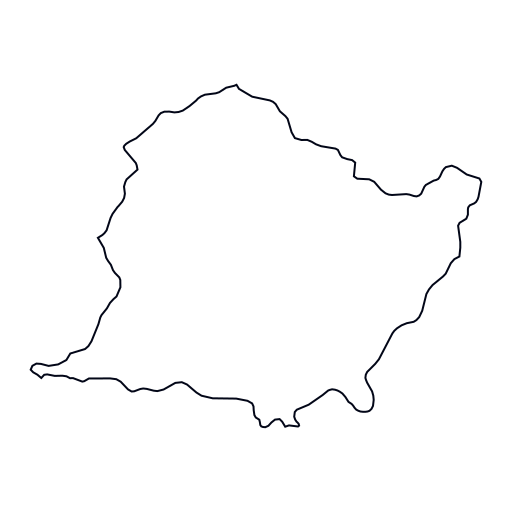 an SVG outline of Gandaki
{"feature_id": "NPL-1095", "entity_name": "Gandaki", "entity_type": "District", "adm_level": 1, "iso_a3": "NPL", "parent_name": "Nepal", "parent_adm1": "", "projection": "albers", "projection_center": [84.335, 28.335], "detail": "fine", "context": "isolated", "style": "outline", "palette": "ink", "viewbox_px": 512, "rotation_deg": 0, "n_neighbors": 0, "source": "natural_earth", "source_scale": "10m", "svg_char_len": 3018}
<svg xmlns="http://www.w3.org/2000/svg" viewBox="0 0 512 512"><path d="M236.5,84.8L239.0,88.9L252.2,96.7L269.8,100.4L273.0,101.8L275.7,104.1L279.9,111.3L285.4,116.1L287.6,118.8L291.6,132.3L294.9,138.1L301.4,140.0L307.3,139.9L311.8,141.8L316.0,144.3L321.1,146.2L335.5,148.6L337.9,149.9L340.4,155.1L342.1,157.3L347.2,159.1L352.1,160.1L355.2,162.6L353.9,176.3L357.3,178.7L369.2,179.3L374.2,181.8L381.0,189.7L385.5,193.3L388.8,194.6L392.0,195.0L406.3,194.1L409.5,194.6L413.8,196.0L416.6,196.4L419.1,195.5L421.2,193.7L424.4,186.7L425.9,184.9L433.7,180.6L436.1,180.0L438.3,178.9L440.0,176.5L442.4,171.3L444.1,168.8L445.9,167.1L451.8,165.7L457.0,167.8L466.7,174.5L479.4,178.5L481.3,181.9L478.5,196.8L477.7,199.2L476.1,201.9L474.2,203.4L469.8,205.3L468.2,207.4L467.9,209.2L467.9,214.7L466.3,218.7L459.6,222.8L458.1,225.7L460.3,241.9L460.3,247.7L459.4,256.5L454.4,259.1L450.8,263.2L445.7,273.7L443.0,276.5L432.6,285.0L429.0,289.4L426.4,294.0L422.2,310.8L419.2,317.1L416.4,320.1L413.7,321.8L406.8,323.2L401.6,325.3L397.0,328.3L394.3,330.8L392.4,333.4L378.9,359.3L375.2,363.9L367.2,371.9L365.8,374.7L365.4,377.9L366.0,379.9L367.1,382.6L372.1,391.4L373.3,395.7L373.7,399.9L373.0,405.9L371.5,408.9L369.5,410.8L367.6,411.5L365.4,411.8L363.0,411.8L360.4,411.5L358.2,410.7L356.2,409.6L354.5,407.7L353.4,406.0L352.1,404.4L351.3,403.7L348.5,401.9L345.4,397.0L342.4,393.5L339.8,391.7L337.5,390.5L335.0,389.7L332.1,389.3L329.8,389.9L328.2,390.5L322.7,395.0L308.7,404.7L296.8,409.7L294.8,412.0L294.2,416.7L295.2,419.6L296.5,421.6L297.6,422.6L298.7,423.9L299.1,425.6L298.0,426.5L289.0,425.4L285.2,426.7L282.2,421.7L279.6,419.1L275.0,419.6L271.4,422.5L268.4,425.8L265.3,427.2L263.0,427.0L261.3,426.4L260.3,425.0L259.9,422.3L259.3,419.7L255.8,417.5L254.4,415.1L253.7,410.2L253.5,406.4L252.1,403.4L247.5,400.8L236.2,398.6L212.7,398.3L201.5,395.7L196.4,392.5L187.0,384.5L181.8,382.2L175.3,382.9L163.6,389.5L157.4,391.1L153.8,390.7L146.8,388.9L143.2,388.5L140.3,389.0L134.2,391.3L131.6,391.5L128.0,389.4L120.7,381.7L116.3,379.2L110.1,378.4L88.9,378.5L84.2,381.2L82.3,381.6L73.0,378.1L70.0,378.2L66.5,376.3L62.3,375.7L54.8,375.9L47.2,374.4L44.2,374.8L41.3,378.0L37.4,374.7L33.2,372.3L30.7,369.7L32.4,365.8L36.4,363.6L40.9,363.9L48.6,365.9L58.2,364.4L66.4,360.0L70.3,353.5L85.1,349.0L88.4,346.1L91.5,341.2L98.4,324.2L100.3,317.5L101.5,315.1L106.9,308.4L110.0,302.9L113.5,299.1L116.5,296.5L120.4,287.3L120.3,280.0L119.3,277.4L114.9,272.9L113.0,270.2L110.9,264.8L108.1,261.0L106.2,257.8L103.8,247.9L97.9,237.8L102.4,235.0L104.4,233.2L106.6,230.3L110.6,217.9L112.6,213.8L117.7,206.8L118.3,206.3L122.2,201.7L124.1,198.0L124.9,193.7L124.0,186.6L125.3,182.1L126.6,179.4L137.5,169.6L136.7,165.3L135.8,163.0L124.8,150.0L123.7,147.1L124.3,145.7L126.2,143.8L129.8,141.5L136.2,138.3L152.9,123.9L155.3,121.0L158.6,115.4L160.8,113.1L164.3,111.7L169.3,111.6L174.4,112.4L178.6,112.0L182.8,110.6L189.6,106.0L196.1,100.6L198.0,98.5L201.0,96.4L204.9,94.7L215.8,93.3L219.2,92.2L226.2,87.7L234.2,85.8L236.5,84.8Z" fill="none" stroke="#020617" stroke-width="2"/></svg>